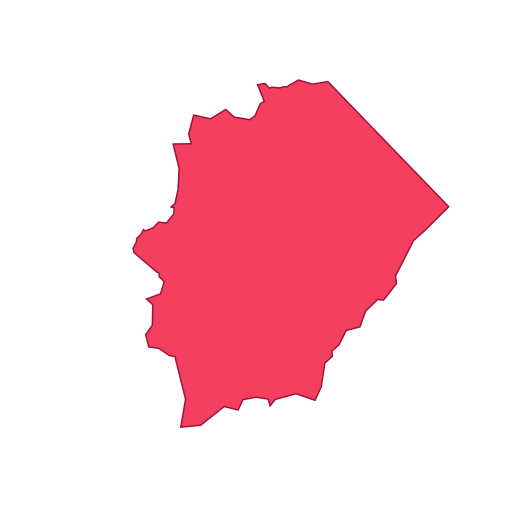 Wilkes, North Carolina, United States of America, rotated 314°
{"feature_id": "52423323B43261157004179", "entity_name": "Wilkes", "entity_type": "district", "adm_level": 2, "iso_a3": "USA", "parent_name": "United States of America", "parent_adm1": "North Carolina", "projection": "orthographic", "projection_center": [-81.218, 36.219], "detail": "fine", "context": "isolated", "style": "filled", "palette": "rose", "viewbox_px": 512, "rotation_deg": 314, "n_neighbors": 0, "source": "geoboundaries", "source_scale": "gbopen_adm2", "svg_char_len": 1284}
<svg xmlns="http://www.w3.org/2000/svg" viewBox="0 0 512 512"><g transform="rotate(314 256 256)"><path d="M80.6,320.8L95.8,333.7L125.6,337.7L132.8,350.1L143.6,346.4L153.0,353.0L153.3,353.2L153.5,353.5L154.2,353.9L154.6,354.2L161.5,364.2L158.1,370.3L166.1,369.4L184.8,380.5L193.2,398.7L207.2,393.8L226.9,379.9L236.9,380.6L240.2,376.7L249.9,377.4L265.0,372.6L277.3,380.0L292.4,373.1L309.3,373.7L312.9,378.4L333.9,376.2L338.6,370.1L348.9,367.1L376.5,358.6L378.7,358.8L383.7,359.1L388.2,359.5L390.4,359.7L409.7,360.1L425.3,360.4L429.3,244.4L431.4,186.5L419.0,177.4L412.1,164.3L401.2,161.1L399.2,160.8L396.8,158.2L393.3,156.3L388.3,150.0L386.4,149.3L385.9,148.5L386.5,142.8L380.3,138.1L373.0,154.5L368.3,153.3L356.3,157.9L349.6,156.7L340.7,143.7L340.4,132.4L323.1,128.0L314.1,113.3L296.9,122.9L291.8,131.5L279.0,118.6L265.5,140.0L249.5,153.9L237.4,161.3L232.3,160.9L232.2,161.1L234.0,163.5L229.2,167.6L217.5,168.7L212.7,162.4L204.8,162.4L197.2,159.0L196.8,156.7L191.3,158.3L185.8,158.0L182.8,160.3L176.1,162.2L173.7,165.8L175.5,195.2L176.3,198.2L173.8,201.0L173.8,207.8L162.4,213.6L149.1,207.1L149.2,215.7L134.2,229.5L122.8,231.3L116.1,242.0L122.2,250.5L124.1,262.2L124.1,262.4L124.1,262.6L127.3,267.6L104.1,304.8L80.6,320.8Z" fill="#f43f5e" stroke="#9f1239" stroke-width="1.5"/></g></svg>